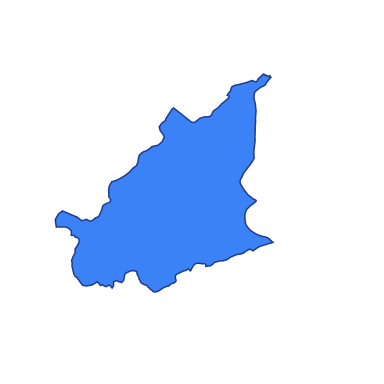 the district of Nzerekore, Nzérékoré, Guinea, rotated 216°
{"feature_id": "49546643B90650861539484", "entity_name": "Nzerekore", "entity_type": "district", "adm_level": 2, "iso_a3": "GIN", "parent_name": "Guinea", "parent_adm1": "Nzérékoré", "projection": "natural_earth1", "projection_center": [-8.827, 7.893], "detail": "fine", "context": "isolated", "style": "filled", "palette": "blue", "viewbox_px": 384, "rotation_deg": 216, "n_neighbors": 0, "source": "geoboundaries", "source_scale": "gbopen_adm2", "svg_char_len": 4179}
<svg xmlns="http://www.w3.org/2000/svg" viewBox="0 0 384 384"><g transform="rotate(216 192 192)"><path d="M165.5,88.7L165.0,88.6L163.5,89.1L162.1,90.4L161.9,90.6L160.8,92.5L160.0,94.6L158.8,97.8L158.1,99.0L156.9,100.8L155.4,102.4L155.1,105.2L153.4,107.4L152.7,108.9L152.6,110.7L155.6,113.4L156.2,114.5L156.1,116.7L154.3,119.5L153.6,121.0L152.6,123.0L150.7,125.1L150.0,127.7L148.6,127.6L147.1,127.1L146.8,128.1L147.4,130.9L147.6,133.1L147.4,135.2L146.8,136.3L145.8,137.5L144.2,138.6L141.8,139.8L140.6,140.7L139.5,141.6L137.8,141.3L137.1,139.9L135.5,141.5L133.7,143.2L132.7,146.0L132.7,147.5L132.0,148.8L130.4,150.9L128.0,153.6L127.0,154.0L124.3,157.2L123.1,160.2L122.6,162.0L118.1,169.0L116.7,169.7L115.6,171.2L114.2,173.4L113.8,175.1L113.4,176.4L112.9,177.4L111.6,179.9L108.1,180.2L106.7,184.3L105.2,187.8L103.9,189.6L102.8,191.1L100.1,194.6L98.1,197.1L97.0,198.9L97.9,198.9L99.0,199.1L100.3,199.2L102.1,199.5L103.7,199.4L105.1,199.1L106.7,198.5L108.0,197.9L108.6,197.5L109.5,197.4L110.9,196.8L112.7,196.3L114.9,195.8L116.7,195.6L118.4,195.4L120.5,195.3L122.5,195.4L124.0,195.6L126.5,196.3L127.6,196.6L128.9,197.1L130.9,198.7L132.6,200.5L133.8,202.1L135.3,203.8L136.5,206.3L137.4,208.8L137.4,210.9L137.0,213.4L136.6,215.9L135.8,217.7L135.3,219.6L134.7,222.3L135.2,222.9L136.3,222.8L138.4,222.4L142.1,222.5L145.7,222.7L147.9,223.6L150.2,224.0L151.8,224.6L153.7,225.4L155.6,226.2L157.0,227.0L158.7,227.8L159.8,229.6L160.3,231.1L160.3,233.1L160.9,235.0L160.9,236.0L161.4,238.5L161.3,240.4L161.2,241.5L161.2,242.5L161.2,245.2L161.1,248.4L161.1,250.8L161.3,254.3L162.0,256.5L163.4,257.8L164.2,259.3L165.4,260.3L166.7,262.7L168.6,266.1L170.2,269.0L171.7,271.4L173.5,273.6L174.6,275.2L175.8,277.2L176.6,278.1L177.5,279.5L178.0,280.5L179.0,281.3L179.7,282.6L180.7,284.5L181.5,285.7L182.9,287.6L184.0,289.1L186.0,292.2L187.8,295.2L189.4,296.9L191.2,299.1L192.8,300.7L194.8,302.4L196.5,303.9L198.3,306.1L199.6,308.6L199.9,310.6L199.0,313.7L198.3,316.1L197.6,317.8L196.6,319.6L195.6,321.7L196.0,323.4L195.9,326.1L195.8,328.7L195.6,330.5L195.6,331.2L196.8,330.6L197.3,331.8L197.9,331.2L198.4,330.7L198.8,330.3L199.4,329.7L200.6,330.1L201.5,329.4L201.7,329.5L202.9,329.7L203.6,329.3L204.1,326.4L205.0,322.1L204.5,320.4L204.7,319.1L205.4,318.5L209.2,317.3L211.8,313.2L216.6,307.3L216.7,307.1L219.5,304.2L219.8,303.7L221.0,301.9L221.6,300.2L221.2,298.8L220.2,295.8L220.4,294.7L220.5,294.0L220.6,293.1L220.4,291.0L218.5,291.3L217.9,290.8L217.7,289.5L217.7,289.4L218.1,287.6L219.9,280.4L220.1,277.8L220.4,275.5L222.2,270.6L222.2,268.8L221.8,267.3L221.5,265.8L221.5,265.4L221.6,264.3L222.7,262.8L223.0,262.5L223.1,262.4L226.3,259.9L229.0,256.1L230.5,250.6L231.6,249.1L232.3,248.8L232.3,248.7L233.2,248.2L238.0,248.4L238.3,248.4L247.7,248.8L254.8,249.1L256.3,249.2L256.6,248.2L256.9,247.3L256.2,235.5L255.4,234.4L256.9,230.0L256.8,225.4L253.9,223.0L249.7,221.8L246.7,220.2L245.7,214.9L247.0,209.8L251.2,205.2L251.0,204.9L251.5,202.8L252.1,201.5L253.0,198.5L254.6,196.7L255.7,194.1L256.3,190.7L255.4,188.4L253.3,184.3L252.4,180.7L253.8,176.3L254.4,171.0L255.9,165.8L259.5,157.7L263.0,153.0L262.4,148.2L260.8,144.9L256.4,139.2L253.2,138.0L252.4,135.7L254.6,132.0L256.0,129.2L255.8,127.7L254.9,125.5L254.3,123.4L253.5,120.0L253.2,117.0L254.9,114.3L255.8,110.7L257.3,108.3L261.1,108.0L264.2,103.9L270.0,104.2L273.3,103.4L276.7,102.6L281.6,101.5L285.6,100.6L287.0,96.4L287.0,95.3L286.9,93.6L286.7,91.4L286.1,88.9L281.1,83.8L280.6,84.7L279.2,85.4L277.1,86.9L273.5,89.5L270.2,90.2L266.6,89.5L264.2,86.0L263.0,86.8L261.7,87.7L259.8,86.8L259.0,87.4L257.1,87.7L255.5,87.2L253.9,85.3L253.2,80.9L253.2,77.4L250.8,74.0L250.2,69.7L249.1,65.7L247.4,64.4L245.5,61.5L242.9,59.2L239.3,56.2L236.8,55.0L234.4,55.1L229.9,53.5L225.6,52.2L222.4,53.8L221.0,55.2L218.5,57.6L217.0,60.7L215.8,63.7L213.9,63.3L211.1,62.5L209.8,64.3L207.8,64.4L205.8,64.9L204.6,67.7L203.1,68.1L200.2,67.4L200.3,70.0L202.7,73.2L200.9,76.0L198.3,76.4L195.6,77.6L195.4,80.2L198.2,86.8L197.6,87.9L195.3,92.1L192.8,94.2L189.9,95.2L188.2,93.3L185.1,91.9L183.9,90.7L183.2,90.1L182.1,89.9L179.9,88.6L175.8,89.0L173.6,89.9L172.2,89.3L170.3,89.2L168.5,88.9L167.4,88.9L165.9,88.9L165.5,88.7Z" fill="#3b82f6" stroke="#1e3a8a" stroke-width="1.5"/></g></svg>